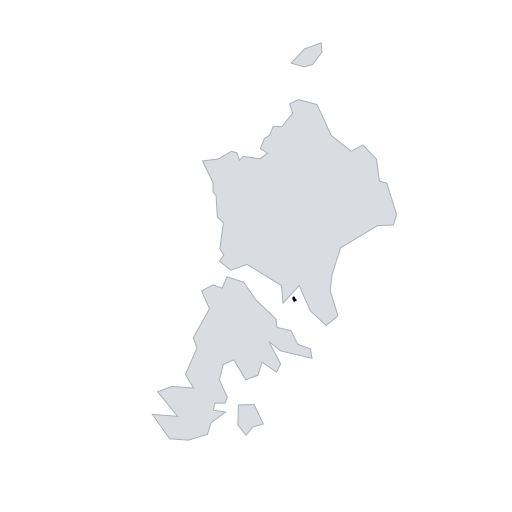 map of Jersey with France and United Kingdom greyed out, rotated 235°
{"feature_id": "JEY", "entity_name": "Jersey", "entity_type": "country or territory", "adm_level": 0, "iso_a3": "JEY", "parent_name": "Europe", "parent_adm1": "", "projection": "equal_earth", "projection_center": [-2.1, 49.218], "detail": "fine", "context": "with_neighbors", "style": "filled", "palette": "ink", "viewbox_px": 512, "rotation_deg": 235, "n_neighbors": 2, "source": "natural_earth", "source_scale": "50m", "svg_char_len": 1612}
<svg xmlns="http://www.w3.org/2000/svg" viewBox="0 0 512 512"><g transform="rotate(235 256 256)"><path d="M333.0,257.5L340.9,262.9L364.5,266.7L357.1,280.9L355.9,295.9L351.6,299.5L344.0,297.5L344.8,302.9L333.4,314.8L333.6,324.5L341.4,321.1L347.5,330.5L347.1,336.6L352.4,344.6L347.0,351.2L352.1,368.1L361.4,370.8L359.9,380.3L345.2,392.8L311.6,386.8L287.2,394.0L285.6,407.3L266.0,410.2L246.7,400.1L240.6,404.9L209.3,394.9L202.5,386.3L211.2,373.1L214.2,330.0L197.1,307.6L185.0,296.9L160.1,288.8L158.7,273.6L179.8,269.1L207.0,274.4L201.8,251.0L217.1,259.9L254.4,243.8L258.8,227.2L272.6,223.1L275.2,230.2L282.6,230.6L301.9,248.3L310.1,246.7L328.3,257.9L333.0,257.5ZM383.4,403.9L393.8,395.4L397.8,414.4L393.2,431.7L385.2,427.1L380.4,412.1L383.4,403.9Z" fill="#d9dde1" stroke="#a8b0b8" stroke-width="1"/><path d="M135.4,169.3L114.2,165.6L117.8,155.3L115.0,145.0L127.9,144.2L144.1,156.1L135.4,169.3ZM183.6,178.3L186.0,167.0L175.5,154.9L156.8,151.5L153.2,146.4L159.0,137.9L154.1,132.7L145.6,141.6L145.2,123.5L137.8,114.0L143.9,95.0L155.8,80.4L185.7,80.3L169.5,99.9L201.3,97.5L197.3,112.4L183.6,129.1L199.4,130.3L214.4,154.7L225.0,157.8L239.5,187.6L258.6,191.4L257.0,204.1L249.1,209.9L255.6,220.3L241.5,230.9L220.1,230.7L192.9,236.2L185.5,232.2L174.8,241.8L160.0,239.5L148.6,247.3L140.1,243.2L164.0,221.9L178.3,217.5L153.4,214.2L149.1,206.2L165.7,200.0L157.2,189.4L160.4,176.6L183.6,178.3Z" fill="#d9dde1" stroke="#a8b0b8" stroke-width="1"/><path d="M200.5,262.3L200.6,263.3L199.9,263.5L199.3,263.2L198.1,263.2L197.0,263.4L197.2,261.5L199.4,261.8L200.5,262.3Z" fill="#0f172a" stroke="#020617" stroke-width="1.5"/></g></svg>